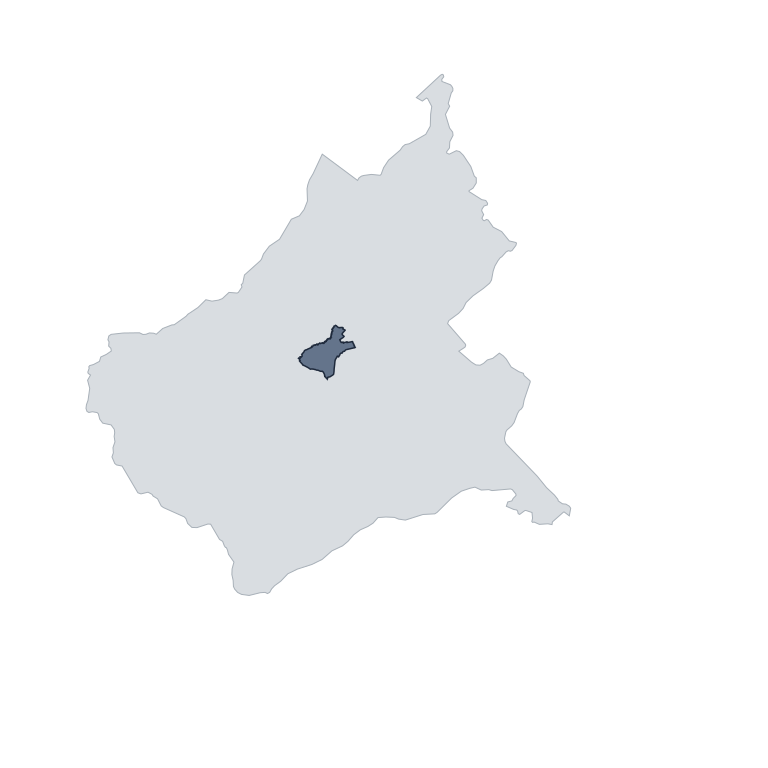 Katako-Kombe, Kasaï-Oriental, Democratic Republic of the Congo (highlighted), rotated 227°
{"feature_id": "63176286B65571818133367", "entity_name": "Katako-Kombe", "entity_type": "district", "adm_level": 2, "iso_a3": "COD", "parent_name": "Democratic Republic of the Congo", "parent_adm1": "Kasaï-Oriental", "projection": "natural_earth1", "projection_center": [24.617, -3.373], "detail": "fine", "context": "in_parent", "style": "filled", "palette": "slate", "viewbox_px": 768, "rotation_deg": 227, "n_neighbors": 0, "source": "geoboundaries", "source_scale": "gbopen_adm2", "svg_char_len": 8957}
<svg xmlns="http://www.w3.org/2000/svg" viewBox="0 0 768 768"><g transform="rotate(227 384 384)"><path d="M594.2,495.6L550.9,503.5L551.8,506.3L551.4,509.3L550.2,511.6L545.8,517.8L539.3,523.5L539.3,524.9L542.5,531.3L544.6,540.0L544.0,555.3L544.9,559.5L544.7,562.7L542.5,566.3L538.1,584.8L541.0,593.7L549.5,602.1L554.4,608.2L562.8,610.5L564.2,610.1L564.8,605.0L571.4,603.0L571.3,636.0L570.8,637.8L569.6,638.2L567.9,637.2L567.4,634.0L565.7,632.7L557.5,636.7L555.4,636.6L553.1,635.9L551.5,634.3L551.0,631.7L545.3,622.2L542.4,621.5L539.3,612.8L526.4,606.5L521.4,606.0L518.8,604.1L516.3,597.3L512.0,592.9L511.1,588.1L510.2,587.4L507.6,588.4L505.3,596.0L502.4,597.8L497.1,598.0L483.8,595.8L474.4,591.8L471.9,592.1L468.1,588.6L466.5,582.6L467.4,578.1L466.7,577.4L452.2,581.2L448.8,583.6L445.5,583.0L444.5,581.7L445.9,578.6L445.2,575.2L444.1,573.6L439.9,572.4L438.5,568.7L435.9,568.2L435.0,568.7L434.4,571.2L432.8,572.0L424.2,570.8L415.2,574.0L403.2,573.2L397.5,577.0L396.6,576.9L395.4,575.0L394.3,568.7L394.9,567.0L396.7,565.8L397.3,563.3L396.7,556.8L397.1,555.3L396.5,551.6L394.7,545.6L392.1,540.8L386.7,533.5L385.7,530.1L386.1,522.0L387.8,509.1L387.6,499.6L385.3,493.4L384.8,486.7L386.2,474.6L384.8,471.7L357.4,470.7L356.3,469.8L355.7,468.2L357.0,461.1L340.3,462.9L335.3,464.2L332.2,467.1L331.2,470.8L331.1,476.0L328.6,481.0L327.9,489.4L323.3,490.4L318.7,490.4L309.7,488.6L301.1,491.0L296.8,493.2L294.6,492.2L286.8,493.0L285.8,492.4L276.8,475.7L272.8,470.2L272.1,467.5L272.4,464.9L271.3,461.4L267.1,452.9L266.3,448.9L266.5,442.7L266.0,440.6L262.2,435.2L259.7,433.4L257.0,432.5L212.2,433.2L197.4,432.2L186.6,432.9L181.1,432.5L179.6,431.7L174.7,432.8L172.1,435.1L168.2,436.2L165.8,435.8L161.2,429.6L167.5,428.5L167.9,427.9L168.3,413.1L166.6,411.0L170.0,408.5L175.4,401.9L180.7,399.6L181.4,398.3L182.6,398.3L184.5,401.1L189.1,404.6L194.8,401.5L195.4,400.6L196.1,394.3L197.6,393.7L200.0,395.1L201.4,395.1L203.8,393.3L211.1,390.1L213.3,394.1L211.3,397.8L212.2,400.4L212.4,404.5L213.6,405.4L219.3,405.8L221.0,404.9L232.4,390.3L235.3,388.6L240.1,382.8L246.5,380.2L249.2,375.6L252.9,367.4L254.5,355.7L253.9,335.3L254.4,332.6L262.0,323.5L269.9,306.8L275.3,302.5L279.3,300.7L285.5,294.6L290.4,288.5L289.7,281.1L290.8,275.0L293.5,267.3L294.4,259.1L293.5,250.4L293.9,243.3L297.5,232.1L297.9,219.1L301.2,208.2L307.7,194.4L310.8,184.2L310.2,174.0L311.1,166.5L310.8,162.1L309.6,158.3L310.2,155.9L312.7,154.9L315.8,151.1L321.3,141.2L327.3,136.3L331.4,134.8L335.8,134.9L338.6,135.8L343.2,139.7L348.4,142.8L352.3,146.7L356.1,152.8L365.4,154.1L369.4,156.3L371.8,157.1L372.7,156.6L374.6,156.9L379.0,158.7L382.5,157.7L399.7,161.6L401.7,159.7L406.5,149.3L410.1,145.7L415.9,145.3L420.6,147.3L423.0,147.3L444.1,138.4L446.8,137.9L454.5,140.1L459.5,138.7L461.5,139.1L465.8,137.6L469.4,131.3L472.3,129.8L502.6,136.5L507.2,133.2L509.5,132.9L516.2,135.3L518.2,139.1L522.3,142.4L525.2,147.8L529.7,150.9L532.0,153.8L534.7,155.8L540.2,156.5L547.2,151.6L552.1,152.1L557.1,154.8L558.8,154.7L562.6,151.8L564.5,148.7L566.5,148.1L569.4,149.4L571.8,152.3L573.9,156.4L581.5,165.8L588.9,169.8L590.7,175.5L593.4,174.9L594.7,175.5L596.6,179.1L597.9,179.8L598.2,181.3L596.4,184.7L594.6,191.3L596.9,195.3L595.0,201.1L594.1,207.1L596.4,208.6L599.5,208.5L602.4,211.7L604.6,212.2L606.8,215.5L606.4,218.3L599.1,228.1L588.2,240.1L584.6,241.5L582.7,243.8L581.3,247.3L578.2,250.2L575.7,251.4L575.5,260.1L571.9,269.1L570.4,271.0L568.5,285.6L568.8,288.1L566.8,300.1L567.1,311.2L561.9,314.7L558.2,320.2L556.7,324.0L556.7,333.1L550.7,338.6L550.3,339.9L551.8,346.3L554.0,347.3L554.0,349.4L558.9,356.3L558.5,377.4L558.8,379.5L561.3,384.5L563.0,394.1L561.1,406.3L567.7,428.6L564.7,436.8L566.1,444.6L570.0,452.8L579.3,460.9L581.7,464.2L584.1,468.7L586.2,475.7L594.2,495.6Z" fill="#d9dde1" stroke="#a8b0b8" stroke-width="1"/><path d="M452.9,337.6L451.9,338.2L447.6,339.7L445.8,340.1L445.1,340.2L444.5,341.1L444.2,341.4L444.0,341.6L443.7,341.8L443.5,342.2L443.3,342.3L443.0,342.5L442.3,343.0L442.1,343.1L441.8,343.2L441.5,343.6L440.4,344.0L440.1,344.2L439.6,344.7L438.8,345.3L437.8,345.7L437.0,346.0L436.3,346.5L435.5,347.4L435.3,347.6L434.6,347.6L434.4,347.7L434.1,347.7L432.6,347.3L432.0,347.1L431.1,346.7L430.9,346.6L430.7,346.3L430.6,346.2L430.3,346.2L429.9,345.8L429.3,345.8L429.0,346.0L428.5,345.9L428.1,345.8L427.7,345.8L427.3,346.0L426.2,345.8L426.5,346.5L427.1,347.2L427.1,347.4L427.2,347.7L427.0,348.0L426.4,348.8L426.2,349.3L426.0,349.7L426.0,350.0L425.5,352.7L425.5,353.2L425.5,353.7L425.7,354.1L426.0,354.4L427.0,355.7L429.1,357.9L431.9,361.2L433.8,363.3L434.7,364.5L434.9,364.8L434.9,365.1L435.2,365.6L435.9,368.2L436.2,368.6L436.2,368.8L436.0,369.0L435.8,369.1L435.1,369.1L434.8,369.3L435.1,370.3L435.3,371.3L435.9,372.2L435.9,373.2L435.9,373.7L435.6,373.9L435.5,374.1L435.2,374.4L435.2,374.6L435.3,374.9L435.5,375.2L435.6,375.8L435.5,376.5L435.2,377.0L434.9,377.4L434.9,377.7L435.1,378.5L435.1,379.1L435.0,379.6L431.1,386.4L430.9,386.7L430.6,387.1L430.4,387.7L430.5,387.7L430.7,387.8L430.8,388.0L431.0,388.0L431.5,388.1L431.8,388.1L432.0,388.3L432.1,388.2L432.2,388.3L432.4,388.3L432.5,388.5L433.0,388.6L433.3,388.9L433.5,388.9L433.6,389.0L433.9,389.1L434.2,389.0L434.3,389.1L434.5,389.1L434.9,389.2L435.1,389.3L435.4,389.4L435.6,389.6L435.9,389.6L436.0,389.7L436.3,389.9L436.5,389.9L436.8,389.6L437.1,389.0L437.8,387.8L439.5,385.3L440.1,385.7L440.3,385.4L440.7,384.4L441.3,383.5L441.4,382.6L441.5,382.3L441.6,382.2L441.8,382.2L442.3,382.4L442.5,382.6L442.7,382.3L442.8,382.3L442.9,381.8L443.4,381.2L443.5,381.1L443.8,381.2L444.0,381.1L444.3,381.1L444.5,381.3L445.1,381.3L445.3,381.5L445.6,381.5L445.9,381.7L446.2,381.7L446.5,381.8L446.5,382.1L446.3,383.4L446.0,385.2L445.9,386.0L446.0,387.0L446.1,387.3L448.4,387.1L448.8,387.2L449.0,387.6L449.4,387.8L449.6,389.3L449.8,392.1L449.9,392.3L450.1,392.3L451.0,391.9L451.9,391.8L452.3,391.5L452.5,391.8L452.6,392.0L452.8,392.2L453.1,392.4L453.6,392.2L453.8,391.9L454.1,391.8L454.3,391.4L454.8,391.0L455.0,390.5L455.1,390.4L455.5,390.1L455.5,389.8L455.7,389.7L455.8,389.6L456.1,389.4L456.5,389.2L456.9,389.1L457.0,389.0L457.4,389.0L457.5,389.0L458.0,388.9L458.3,388.9L459.0,388.9L459.7,388.6L459.9,388.6L460.0,388.5L460.0,388.2L460.0,387.7L460.2,387.3L460.1,386.9L460.3,386.7L459.8,386.3L459.7,386.2L459.7,385.9L459.9,385.7L460.0,385.5L460.0,385.3L460.0,385.2L459.8,385.0L459.5,384.9L459.4,384.7L459.6,383.9L459.6,383.7L459.6,383.3L459.5,383.2L459.3,383.2L459.2,382.9L458.9,382.8L458.7,382.8L458.6,383.2L458.3,383.2L458.2,383.1L458.1,382.6L457.9,382.5L457.8,382.3L457.6,382.3L457.6,382.2L457.7,381.6L457.8,381.4L457.7,381.1L457.4,381.1L457.4,380.9L457.0,380.4L456.7,380.5L456.6,380.3L456.6,380.2L456.7,379.7L456.6,379.4L456.4,379.5L456.2,379.8L456.0,379.7L455.9,379.5L455.7,379.0L455.6,378.8L455.4,378.6L455.4,378.4L455.4,378.2L455.5,378.1L455.8,378.2L455.2,377.7L454.9,377.7L454.6,377.6L454.8,377.4L454.7,377.2L454.5,377.3L454.4,377.2L454.5,377.0L454.5,376.9L454.3,377.0L454.1,376.8L454.0,376.7L453.8,376.3L453.7,376.0L453.7,375.8L453.9,375.9L453.9,376.0L454.0,376.1L454.1,375.9L454.2,375.4L454.4,375.3L454.5,375.1L454.2,375.0L454.2,374.9L454.3,374.8L454.5,374.8L454.6,374.5L454.8,374.2L455.3,374.1L455.3,373.8L455.4,373.6L455.2,373.3L455.5,373.1L455.5,372.9L455.4,372.7L455.1,372.7L455.2,372.4L455.3,372.3L455.3,372.2L455.1,372.1L455.1,371.9L454.9,371.9L454.9,371.7L455.0,371.6L455.1,371.4L454.9,371.2L455.0,371.0L454.7,371.0L454.6,370.9L454.8,370.7L454.7,370.4L454.7,370.2L454.8,370.1L454.7,369.7L454.8,369.6L455.0,369.7L455.1,369.8L455.2,369.5L455.5,369.4L455.3,368.9L455.3,368.5L455.1,368.2L454.9,368.1L454.7,368.0L454.7,367.9L454.7,367.7L455.3,367.2L455.7,367.3L455.9,367.3L456.1,367.2L456.1,366.9L456.1,366.5L456.2,366.4L456.5,366.3L456.6,366.2L456.7,365.9L456.8,365.3L456.9,365.1L457.0,365.0L457.7,365.0L457.7,364.9L457.8,364.7L457.8,364.2L457.9,363.8L457.9,363.5L457.9,363.3L458.1,363.0L458.0,362.9L457.7,362.9L457.6,362.7L457.7,362.3L458.0,362.0L458.3,362.0L458.6,362.0L458.8,362.2L459.0,362.2L459.0,361.4L459.0,361.2L459.2,360.9L459.3,360.8L459.2,360.3L459.2,360.2L459.3,360.1L459.8,360.1L460.0,359.6L460.0,359.3L460.0,359.0L460.2,358.8L460.5,358.7L460.2,358.2L460.4,357.7L460.5,357.4L460.4,357.2L460.1,357.1L460.0,356.9L460.2,356.6L460.3,356.6L460.7,357.0L460.8,357.0L460.9,356.9L460.9,356.7L460.6,356.2L460.5,355.9L460.3,355.8L460.2,355.7L460.4,355.3L460.6,354.8L460.6,354.5L460.8,354.2L461.0,353.6L461.2,353.0L461.5,352.3L461.6,351.6L461.7,351.3L462.0,350.6L462.1,350.3L462.2,350.1L462.4,349.9L462.5,349.7L462.5,349.1L462.6,348.8L462.6,348.4L462.3,347.9L462.2,347.6L462.0,346.8L462.0,346.7L461.9,346.2L462.0,345.9L461.9,345.6L461.9,345.3L461.8,344.9L461.8,344.1L461.4,344.1L461.1,343.9L460.9,343.6L460.2,343.0L460.1,342.6L460.1,342.2L460.8,341.6L461.1,341.2L460.9,341.1L460.4,341.1L460.1,341.0L460.0,340.6L460.1,340.4L460.8,339.8L461.2,339.3L461.1,338.9L460.6,339.0L459.8,339.2L459.5,339.1L459.1,338.6L458.4,338.6L458.4,337.9L456.9,337.8L455.0,337.8L453.5,337.7L453.1,337.8L452.9,337.6Z" fill="#64748b" stroke="#1e293b" stroke-width="1.5"/></g></svg>